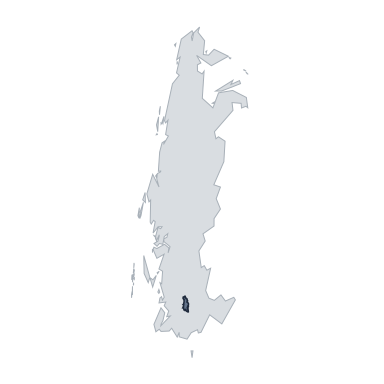 Russia, with Kostroma highlighted, rotated 275°
{"feature_id": "RUS-2356", "entity_name": "Kostroma", "entity_type": "Region", "adm_level": 1, "iso_a3": "RUS", "parent_name": "Russia", "parent_adm1": "", "projection": "natural_earth1", "projection_center": [43.479, 58.454], "detail": "fine", "context": "in_parent", "style": "filled", "palette": "slate", "viewbox_px": 384, "rotation_deg": 275, "n_neighbors": 0, "source": "natural_earth", "source_scale": "10m", "svg_char_len": 6122}
<svg xmlns="http://www.w3.org/2000/svg" viewBox="0 0 384 384"><g transform="rotate(275 192 192)"><path d="M290.9,237.9L280.8,240.2L282.1,238.3L280.0,234.0L284.6,233.2L284.6,224.1L276.9,225.7L254.0,209.1L247.1,211.2L249.3,213.5L245.5,220.5L225.0,221.1L201.1,213.1L199.4,219.9L187.5,216.7L177.5,221.8L167.4,216.3L160.0,216.9L151.3,206.6L144.3,209.4L133.9,204.0L117.5,207.8L119.7,210.6L115.4,213.6L117.7,217.2L95.0,214.2L87.7,218.1L86.0,223.7L92.0,229.8L86.3,234.8L90.7,242.8L88.3,244.6L63.2,233.2L71.2,220.3L53.0,213.2L52.1,210.6L55.3,209.5L51.8,203.5L45.0,199.9L46.6,191.9L51.1,191.5L46.2,189.9L54.5,183.6L51.5,181.4L50.4,173.3L52.4,171.3L49.6,168.2L56.8,165.6L73.9,171.2L69.3,175.4L61.0,174.2L58.1,172.8L56.0,172.6L66.6,181.2L65.6,177.7L71.4,179.2L76.3,174.2L80.1,175.5L78.6,168.8L83.6,169.3L85.1,170.8L81.7,172.0L84.8,173.5L98.9,168.0L97.9,169.8L110.5,169.6L112.4,165.8L127.6,169.6L122.9,162.8L131.2,158.3L133.7,158.9L132.6,161.9L137.5,169.2L134.3,173.8L129.3,173.5L135.6,174.9L140.2,168.3L142.8,168.0L144.8,171.0L148.4,171.5L145.1,168.2L137.4,167.5L137.8,164.0L134.9,161.9L137.4,158.6L140.0,162.3L145.2,163.2L146.5,163.1L140.2,160.8L144.5,159.6L153.7,161.2L152.7,164.0L154.8,165.2L154.5,161.3L147.7,156.8L159.3,157.9L160.4,156.2L156.5,154.2L158.3,153.0L180.4,151.5L178.4,150.0L186.2,147.2L206.2,151.3L194.1,158.7L202.1,155.7L207.4,155.9L209.0,158.5L209.5,159.0L210.2,159.0L209.7,156.7L228.9,156.3L238.4,157.9L240.3,160.3L236.9,159.5L245.7,163.6L246.9,160.7L261.5,161.8L258.5,159.7L260.6,158.4L298.1,163.1L307.2,169.1L309.3,166.2L325.4,168.4L322.4,165.2L343.4,168.0L352.6,178.0L350.7,179.2L346.3,177.9L342.5,179.0L350.6,179.8L357.0,185.2L351.7,184.0L343.8,191.4L329.9,191.3L329.8,196.6L336.1,201.6L330.4,216.4L319.5,200.3L328.5,184.7L321.3,189.6L319.2,186.3L313.0,186.9L310.5,191.8L313.5,193.5L286.2,194.1L277.6,205.5L293.1,209.8L296.7,223.7L290.9,237.9ZM124.5,149.5L103.3,157.4L97.9,156.3L106.7,151.4L124.5,149.5ZM294.6,206.7L306.8,223.0L302.5,221.4L307.1,229.6L304.2,230.9L295.2,212.7L294.6,206.7ZM93.9,161.1L103.0,157.6L101.1,160.7L105.8,163.7L93.9,161.1ZM249.1,152.6L255.8,150.8L264.0,152.2L249.1,152.6ZM167.6,142.1L177.5,144.5L164.9,143.3L167.6,142.1ZM163.7,140.2L171.8,140.9L161.3,141.5L163.7,140.2ZM179.9,143.6L187.4,145.3L177.5,146.5L179.9,143.6ZM266.1,152.9L269.8,152.4L274.7,153.0L266.1,152.9ZM27.0,206.5L33.6,204.9L33.8,206.8L27.0,206.5ZM88.5,141.2L92.9,140.9L84.3,141.7L88.5,141.2ZM259.3,156.1L264.9,157.5L257.5,157.1L259.3,156.1ZM92.0,167.5L89.4,168.6L88.1,167.8L89.4,166.7L92.0,167.5ZM96.9,140.6L101.0,140.2L103.1,140.7L96.9,140.6ZM110.7,140.6L109.0,141.4L105.9,141.1L106.5,140.6L110.7,140.6ZM114.8,140.7L111.3,140.6L116.3,140.4L114.8,140.7ZM108.6,164.3L110.1,166.2L107.6,164.8L108.6,164.3ZM165.7,142.5L163.1,142.9L160.9,142.3L165.7,142.5ZM99.2,139.6L104.4,139.4L102.6,140.0L99.2,139.6ZM338.5,163.0L335.7,162.7L337.1,161.7L338.5,163.0ZM84.5,140.7L87.8,141.0L81.3,141.0L84.5,140.7ZM131.3,157.7L128.1,157.9L131.2,157.6L131.3,157.7ZM204.8,154.4L206.7,155.5L204.0,154.9L204.8,154.4ZM320.9,165.8L319.3,166.3L317.8,165.9L320.9,165.8ZM104.5,141.6L102.0,141.3L105.9,141.6L104.5,141.6ZM103.6,140.0L105.2,140.6L102.2,140.2L103.6,140.0ZM318.3,232.4L318.2,233.6L317.1,235.3L318.3,232.4ZM100.4,141.6L102.1,142.1L99.9,142.1L100.4,141.6ZM144.3,159.4L142.1,159.9L141.6,159.8L144.3,159.4ZM333.9,194.4L331.9,194.0L333.2,193.5L333.9,194.4ZM258.3,155.1L258.0,155.9L256.9,155.3L258.3,155.1ZM282.2,204.5L283.3,206.0L282.1,205.6L282.2,204.5ZM329.3,216.9L328.8,219.0L328.0,218.4L329.3,216.9ZM96.7,141.7L94.6,141.9L93.9,141.7L96.7,141.7ZM145.3,157.9L145.0,158.7L144.5,158.5L145.3,157.9ZM247.1,152.0L246.2,152.5L245.9,151.4L247.1,152.0ZM314.4,236.8L316.3,235.2L314.5,237.2L314.4,236.8Z" fill="#d9dde1" stroke="#a8b0b8" stroke-width="1"/><path d="M72.7,198.0L72.8,198.0L72.9,197.9L72.8,197.7L72.8,197.4L72.8,197.2L72.7,197.1L72.8,197.0L72.8,196.9L73.0,196.8L73.1,196.6L73.3,196.5L73.4,196.4L73.4,196.2L73.5,196.2L73.8,195.9L74.0,195.8L73.8,195.7L73.7,195.4L73.5,195.2L73.8,195.0L73.9,194.9L74.0,194.9L73.9,194.6L74.0,194.5L74.1,194.4L74.0,194.2L74.3,194.1L74.7,194.0L75.0,193.9L75.2,193.7L75.3,193.8L75.5,193.8L75.6,193.7L75.8,193.7L75.9,193.4L75.7,193.3L75.7,193.2L75.8,193.0L75.8,192.9L76.0,193.0L76.3,193.3L76.5,193.3L76.5,193.2L76.8,193.2L77.0,193.2L77.1,193.3L77.2,193.5L77.3,193.5L77.5,193.6L77.8,193.5L78.0,193.4L78.3,193.4L78.5,193.5L78.6,193.4L78.8,193.3L78.9,193.2L78.9,193.3L78.9,193.5L79.0,193.6L79.3,193.4L79.5,193.4L79.8,193.5L80.2,193.4L80.3,193.4L80.3,193.5L80.5,193.6L80.8,193.6L82.0,193.7L82.7,193.6L82.8,193.5L83.0,193.5L83.4,193.5L83.5,193.5L84.0,193.6L84.1,193.4L84.2,193.2L84.3,193.2L84.5,193.2L84.8,193.1L84.9,192.8L84.9,192.7L85.0,192.4L85.7,192.4L85.8,192.4L86.0,192.3L86.5,192.4L86.4,193.0L86.8,193.1L86.7,193.4L86.8,193.5L87.1,193.6L87.4,193.8L87.5,193.9L87.4,194.0L87.5,194.1L87.5,194.3L87.4,194.3L87.2,194.3L87.3,194.3L87.2,194.3L86.9,194.3L86.9,194.5L86.7,194.7L86.4,194.8L86.3,195.0L86.2,195.1L85.9,195.2L85.6,195.2L85.4,195.2L85.4,195.3L85.3,195.5L85.2,195.7L85.1,195.8L85.1,196.0L85.0,196.3L84.9,196.4L84.9,196.5L84.1,196.6L83.8,196.6L83.6,196.7L83.6,196.8L83.4,196.9L83.3,197.0L83.2,196.8L83.1,196.7L82.7,196.7L82.1,196.5L81.8,196.6L81.7,196.7L81.7,196.8L81.7,197.0L81.8,197.1L81.7,197.3L81.6,197.5L81.4,197.6L81.2,197.6L81.0,197.8L80.9,197.9L80.8,198.0L80.7,198.1L80.4,198.1L80.2,198.2L80.1,198.3L79.6,198.3L79.4,198.2L79.2,198.1L79.0,197.9L79.1,197.7L79.0,197.8L78.8,197.8L78.7,198.0L78.5,198.3L78.4,198.3L78.2,198.3L78.3,198.2L78.2,198.0L78.2,197.9L78.3,197.8L78.2,197.9L78.2,198.0L78.2,198.3L77.9,198.4L77.5,198.4L77.4,198.3L77.5,198.2L77.5,197.9L77.5,197.7L77.4,197.6L77.2,197.7L77.1,197.8L76.9,197.8L76.7,197.8L76.1,198.0L76.1,197.9L76.0,198.0L75.9,197.9L75.7,197.8L75.6,197.7L75.3,197.6L75.2,197.5L74.9,197.5L74.9,197.8L74.9,198.0L74.7,198.3L74.5,198.2L74.4,198.3L74.2,198.3L73.9,198.3L73.8,198.5L73.7,198.6L73.4,198.6L73.0,198.6L72.8,198.7L72.7,198.6L72.5,198.8L72.4,198.8L72.4,198.6L72.4,198.4L72.3,198.2L72.5,198.1L72.4,198.1L72.5,197.9L72.6,198.0L72.7,197.9L72.7,198.0L72.7,198.0ZM80.9,193.5L81.0,193.5L80.8,193.6L80.9,193.5Z" fill="#64748b" stroke="#1e293b" stroke-width="1.5"/></g></svg>